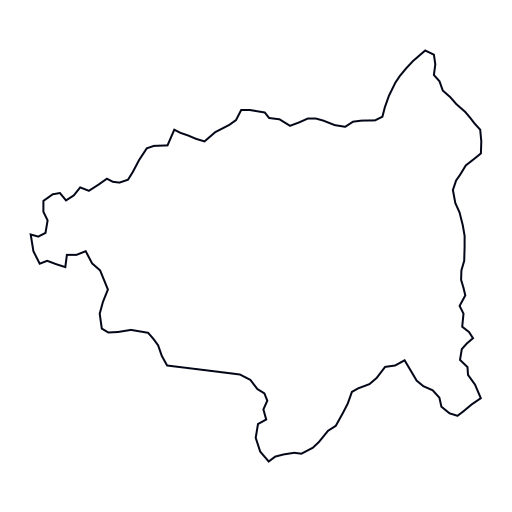 Jandaia do Sul, Paraná, Brazil (Robinson projection)
{"feature_id": "56859067B22052516626747", "entity_name": "Jandaia do Sul", "entity_type": "district", "adm_level": 2, "iso_a3": "BRA", "parent_name": "Brazil", "parent_adm1": "Paraná", "projection": "robinson", "projection_center": [-51.684, -23.629], "detail": "fine", "context": "isolated", "style": "outline", "palette": "ink", "viewbox_px": 512, "rotation_deg": 0, "n_neighbors": 0, "source": "geoboundaries", "source_scale": "gbopen_adm2", "svg_char_len": 1928}
<svg xmlns="http://www.w3.org/2000/svg" viewBox="0 0 512 512"><path d="M268.7,461.5L275.2,456.6L283.8,454.4L294.2,452.8L301.4,453.7L312.9,447.7L318.9,442.0L328.0,430.8L335.8,425.8L343.0,412.8L347.7,403.7L351.9,391.9L358.3,388.3L369.5,384.1L376.7,377.9L385.1,366.9L395.1,365.5L404.6,360.3L416.7,380.7L423.4,386.2L432.7,390.3L439.4,397.7L441.4,406.7L449.5,413.3L457.5,415.8L463.2,411.5L471.7,404.4L480.8,398.2L475.0,384.6L468.0,374.9L467.5,367.1L460.0,359.9L461.8,349.1L466.9,343.4L473.0,338.2L469.0,332.0L462.2,326.7L463.5,313.7L459.6,305.9L465.3,295.4L463.5,287.9L461.1,279.9L461.4,270.4L464.2,260.8L464.6,246.7L464.6,235.8L462.8,225.4L459.6,212.6L455.3,203.0L452.9,190.0L456.1,180.5L460.4,174.3L465.8,165.4L474.4,158.7L480.9,153.4L481.3,141.4L480.2,129.7L474.4,123.3L470.1,117.7L465.1,111.8L456.4,104.2L450.2,97.1L442.8,90.6L439.5,81.3L433.9,75.0L435.3,64.3L433.9,54.7L425.2,50.5L413.0,61.0L406.2,68.3L399.8,76.0L395.4,82.6L389.0,95.6L384.9,107.1L382.4,116.7L375.0,120.4L361.6,120.6L353.0,121.7L345.2,126.8L334.7,125.1L323.3,120.6L315.7,118.5L307.9,118.5L298.9,122.5L290.0,125.8L279.5,119.3L269.1,118.0L264.8,112.5L249.7,110.0L241.2,110.0L236.0,120.1L229.1,125.0L215.3,132.1L204.5,141.4L195.9,138.8L187.9,135.4L180.5,132.9L174.3,129.7L167.5,145.4L153.9,145.9L146.8,148.3L139.1,160.0L132.8,172.0L128.0,179.7L119.5,182.6L112.9,181.8L106.9,178.7L98.7,184.5L88.9,190.8L80.2,187.4L73.8,195.4L66.0,200.4L59.9,193.0L52.7,194.3L43.4,200.9L43.4,211.8L47.6,220.4L45.5,232.9L38.3,236.6L30.7,234.5L33.4,251.2L39.7,263.7L47.2,260.8L56.2,264.2L65.3,267.1L66.9,254.9L76.4,254.9L85.7,251.2L92.1,263.4L100.1,270.4L107.9,289.5L102.9,302.0L99.7,313.7L101.8,328.6L108.3,332.5L118.0,332.0L131.0,329.9L148.1,332.8L153.5,339.0L158.1,345.3L161.8,355.9L167.1,365.5L239.9,374.5L250.4,379.9L257.3,389.0L264.4,393.4L267.3,400.7L263.4,409.4L266.2,419.5L258.0,424.0L255.7,437.8L260.2,451.6L268.7,461.5Z" fill="none" stroke="#020617" stroke-width="2"/></svg>